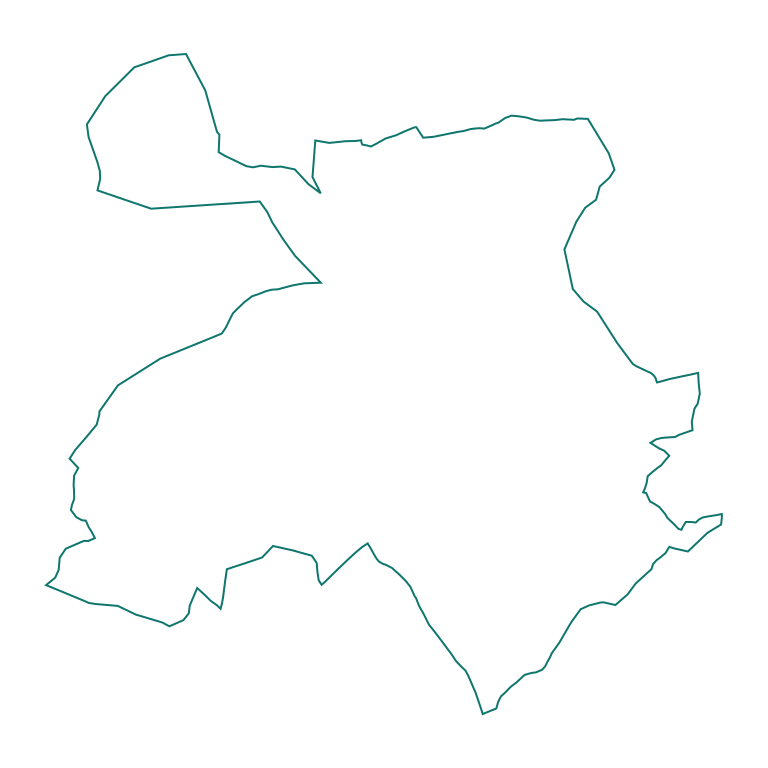 the district of Ahiazu-Mbaise, Imo, Nigeria
{"feature_id": "59680162B56887411771488", "entity_name": "Ahiazu-Mbaise", "entity_type": "district", "adm_level": 2, "iso_a3": "NGA", "parent_name": "Nigeria", "parent_adm1": "Imo", "projection": "albers", "projection_center": [7.273, 5.552], "detail": "fine", "context": "isolated", "style": "outline", "palette": "teal", "viewbox_px": 768, "rotation_deg": 0, "n_neighbors": 0, "source": "geoboundaries", "source_scale": "gbopen_adm2", "svg_char_len": 3602}
<svg xmlns="http://www.w3.org/2000/svg" viewBox="0 0 768 768"><path d="M83.3,600.5L88.7,602.9L95.5,604.0L117.8,605.9L135.9,614.6L162.3,622.5L169.4,626.3L183.5,620.1L188.8,613.3L189.7,605.7L197.2,588.0L206.0,596.1L210.7,600.8L216.7,605.1L220.6,608.8L222.0,603.3L223.1,597.1L225.1,581.3L226.9,569.2L244.6,563.4L262.1,557.5L273.0,546.0L292.8,550.4L311.8,555.7L316.7,563.0L317.5,572.5L318.7,580.3L321.6,584.8L325.0,581.8L337.7,569.3L348.2,559.3L354.7,553.3L361.9,547.2L367.7,543.4L371.4,549.6L374.5,555.3L376.8,559.0L378.9,561.5L382.9,563.9L385.6,564.7L391.8,567.8L399.6,574.8L405.8,581.0L410.5,587.0L414.9,596.7L416.0,598.0L419.1,605.9L423.9,614.5L427.4,621.5L429.0,624.7L434.6,631.7L441.5,640.8L451.5,654.2L456.2,661.3L461.6,666.9L465.4,670.5L467.8,674.8L469.2,677.9L472.3,685.1L475.7,693.0L481.1,708.9L482.7,714.0L496.2,708.5L497.0,706.3L498.0,702.3L501.0,696.3L505.1,692.6L510.4,687.1L516.5,682.4L524.6,674.9L526.7,674.3L531.6,672.9L535.9,672.4L542.0,669.8L545.1,666.5L547.6,661.4L549.4,658.5L551.8,653.2L554.2,649.8L559.1,643.0L561.8,638.5L565.9,631.3L571.5,621.8L580.7,609.2L589.1,605.4L600.7,602.5L603.3,602.3L615.4,605.0L627.5,594.5L635.7,583.5L651.5,569.1L653.0,564.3L656.4,560.3L659.6,558.0L665.4,553.2L669.3,546.9L674.2,548.4L687.9,551.5L707.5,532.8L721.1,524.5L721.9,517.2L721.8,514.0L717.1,515.0L716.5,515.1L711.4,515.9L707.1,516.6L702.6,517.5L698.8,519.6L695.8,522.5L691.4,522.0L685.8,522.0L683.1,526.3L681.4,529.8L678.5,528.9L673.2,523.4L667.5,518.0L665.3,514.2L659.4,507.1L654.3,503.8L651.8,502.4L650.3,501.8L648.8,498.9L646.1,492.9L643.2,492.4L644.9,488.4L646.6,483.2L647.7,476.2L653.0,471.5L657.8,467.7L661.2,465.3L665.2,460.4L669.2,455.8L664.2,450.7L659.2,448.4L654.5,445.5L650.5,442.9L656.0,439.4L661.3,438.0L666.9,437.5L675.0,437.0L679.4,434.7L692.5,430.2L691.8,421.5L694.5,408.5L697.6,403.9L699.8,393.7L698.7,383.1L698.1,372.9L690.2,374.7L680.4,376.7L675.4,377.8L670.2,378.9L658.2,382.2L656.9,382.4L656.4,380.8L655.6,378.2L654.0,375.7L651.1,373.1L644.6,370.1L636.9,366.5L632.8,364.0L617.2,343.0L597.1,311.6L583.6,301.6L572.8,289.0L569.1,271.4L564.4,249.4L576.4,221.6L585.2,207.7L596.1,199.7L599.7,186.6L609.4,177.7L614.5,169.8L608.8,153.4L587.9,118.9L581.0,118.6L577.2,118.5L574.0,119.8L562.7,119.2L554.8,120.1L547.1,120.4L539.9,120.7L533.7,119.7L527.2,117.7L522.8,116.9L517.0,116.1L511.1,115.7L509.1,116.6L505.3,117.9L500.8,121.0L498.7,122.5L495.0,123.8L491.1,125.7L484.3,128.6L479.8,128.2L475.2,128.5L470.5,129.1L463.3,131.1L458.2,131.8L433.6,136.8L423.2,137.7L416.3,127.2L414.0,127.5L402.9,132.1L396.3,135.2L385.8,138.4L375.8,144.0L371.0,146.5L366.7,145.4L362.3,144.6L361.5,142.7L361.2,140.3L355.1,141.0L345.8,141.2L329.3,142.9L315.3,140.5L312.5,177.1L320.7,193.3L308.5,184.2L294.8,169.4L280.9,166.6L272.4,167.1L260.9,165.7L253.1,167.3L246.5,166.2L225.6,156.2L218.7,152.2L219.4,134.7L217.0,131.9L205.3,90.5L186.0,54.0L168.7,55.3L134.3,67.3L105.3,96.1L86.9,124.4L88.6,137.1L97.4,162.1L99.8,170.8L100.2,178.8L97.5,190.4L151.1,208.7L259.7,201.5L267.1,211.7L272.3,222.4L283.5,239.8L295.0,255.8L320.8,282.7L304.6,283.3L298.0,284.4L292.5,285.4L287.3,286.8L281.3,288.4L277.9,289.3L271.7,289.7L266.2,291.1L258.0,294.3L252.2,296.2L244.6,301.9L236.8,309.4L233.1,313.1L231.2,316.5L226.0,327.3L221.7,333.6L160.3,358.6L117.9,385.4L99.4,411.5L99.4,414.2L96.7,424.6L86.6,436.8L75.2,450.0L69.6,458.7L78.3,468.0L74.1,475.6L73.6,485.3L74.0,489.8L74.2,498.8L72.0,504.9L70.9,510.0L76.3,517.2L82.1,520.3L85.8,520.6L88.7,527.2L90.7,530.3L91.7,531.9L94.9,538.1L88.2,541.0L83.8,540.9L65.8,548.7L59.7,557.7L58.7,569.8L55.2,577.7L46.1,585.1L83.3,600.5Z" fill="none" stroke="#0f766e" stroke-width="2"/></svg>